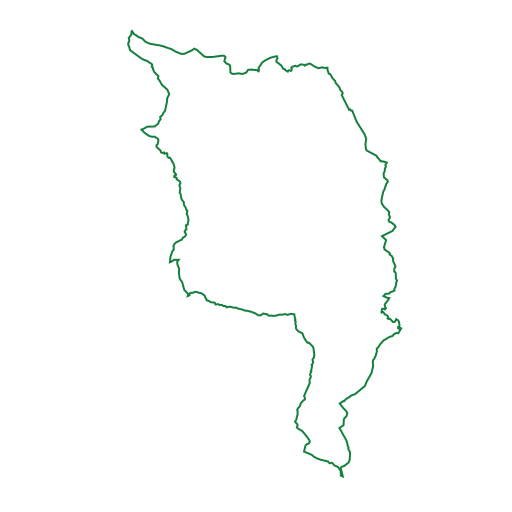 the district of San Miguel, Bolivar, Ecuador, rotated 97°
{"feature_id": "8360857B61039226108204", "entity_name": "San Miguel", "entity_type": "district", "adm_level": 2, "iso_a3": "ECU", "parent_name": "Ecuador", "parent_adm1": "Bolivar", "projection": "robinson", "projection_center": [-79.097, -1.812], "detail": "fine", "context": "isolated", "style": "outline", "palette": "green", "viewbox_px": 512, "rotation_deg": 97, "n_neighbors": 0, "source": "geoboundaries", "source_scale": "gbopen_adm2", "svg_char_len": 6045}
<svg xmlns="http://www.w3.org/2000/svg" viewBox="0 0 512 512"><g transform="rotate(97 256 256)"><path d="M48.2,406.8L51.4,406.7L55.2,408.9L56.7,408.2L58.6,408.0L60.1,408.8L62.5,408.3L64.3,407.1L67.0,406.2L73.8,394.1L75.2,390.5L75.5,388.2L78.4,382.6L79.2,382.2L80.9,382.6L81.6,381.3L82.7,381.2L85.6,379.6L89.5,374.7L91.7,375.1L93.8,373.0L97.7,370.1L101.6,364.4L105.9,361.8L110.3,363.4L113.2,363.1L123.1,364.0L125.5,365.5L127.4,366.0L129.8,368.1L131.7,367.3L134.1,368.7L136.6,369.2L139.8,372.4L140.9,379.6L144.2,384.2L144.5,385.9L145.1,384.1L146.3,383.0L148.1,380.2L150.0,376.4L150.3,373.8L149.9,371.2L151.6,367.8L152.5,367.0L154.9,367.0L157.0,367.2L158.2,368.3L159.9,368.0L163.0,363.6L164.8,362.8L165.1,360.8L164.5,360.0L165.6,359.2L164.9,357.7L164.9,356.8L165.5,356.4L167.3,356.3L168.4,355.7L169.2,354.7L168.8,353.6L172.0,350.8L173.0,350.5L173.5,349.7L176.0,348.4L177.9,347.7L179.0,347.6L180.2,348.1L182.4,347.8L184.7,345.3L185.6,345.4L186.0,346.7L187.5,346.9L188.1,344.4L189.5,343.9L191.2,340.8L192.2,340.1L193.2,339.9L195.0,340.7L198.4,339.3L202.3,339.5L204.1,338.2L205.5,338.0L208.9,336.7L211.5,334.1L213.2,334.0L214.6,333.4L216.5,331.7L218.3,331.0L219.5,329.6L222.6,329.9L225.2,328.4L228.9,327.3L231.1,327.8L233.1,327.5L234.1,329.3L238.0,328.3L239.4,329.6L240.7,329.8L243.0,328.0L243.9,328.2L245.4,329.0L246.6,330.7L248.7,331.6L252.5,337.3L254.0,338.4L255.9,339.1L259.7,338.4L261.5,339.6L267.2,340.8L272.7,340.7L272.0,339.4L269.7,336.7L269.2,332.3L271.1,333.4L272.7,333.3L274.4,332.8L278.0,330.7L281.9,330.5L286.7,329.3L288.5,328.4L291.2,326.0L298.3,323.1L302.2,318.5L304.1,318.9L303.2,317.3L301.4,317.2L300.7,316.7L300.1,313.9L299.0,312.3L298.9,310.2L299.4,308.9L299.5,306.5L300.1,304.6L301.7,302.0L303.4,301.3L304.5,300.1L305.5,300.0L306.0,299.5L306.4,297.1L307.4,295.3L307.3,291.3L309.1,290.2L308.4,287.9L309.1,285.8L308.7,284.0L309.7,282.0L309.3,280.3L310.5,278.9L309.5,275.9L310.0,271.9L309.7,269.4L310.4,267.3L310.9,262.5L311.5,260.8L311.5,257.4L312.0,253.7L313.0,249.8L314.6,246.5L314.3,244.0L312.2,241.9L312.5,239.3L312.3,238.2L313.7,236.2L313.2,232.7L313.3,231.2L312.8,228.9L311.3,225.5L311.0,222.5L310.1,220.0L310.6,217.4L309.2,214.6L309.2,210.9L312.2,210.1L313.8,209.2L315.0,209.6L316.2,208.6L317.9,208.8L321.2,207.6L322.4,207.7L324.1,206.7L325.8,204.4L327.1,200.5L331.2,198.4L334.4,195.8L335.9,194.2L335.6,193.0L335.9,192.4L339.0,188.6L340.5,187.7L346.9,186.1L349.7,186.1L351.5,187.2L352.3,187.3L353.3,186.6L354.6,186.4L356.8,187.0L357.3,187.5L358.6,186.9L362.9,187.3L363.5,187.0L364.0,187.6L365.0,187.4L366.8,187.9L367.4,187.8L368.5,186.9L370.4,187.1L372.2,187.8L375.6,187.2L389.0,191.2L391.5,190.0L392.2,190.0L392.8,190.3L393.6,191.4L396.5,193.5L400.2,194.3L401.6,195.6L403.6,196.4L404.3,196.0L407.9,195.4L413.7,196.1L415.8,197.0L418.1,194.3L419.6,194.2L421.1,194.6L422.0,193.6L424.1,188.8L427.9,184.7L431.8,181.0L433.3,180.1L434.2,180.0L435.7,180.8L436.7,182.7L437.8,183.7L444.3,184.5L446.6,176.3L448.0,174.4L449.6,170.4L450.4,166.7L451.1,159.7L452.8,157.6L452.0,155.7L452.3,154.8L454.4,152.5L455.1,149.9L455.9,148.4L459.4,145.5L461.0,145.5L462.3,144.8L463.5,145.1L464.2,143.0L456.4,146.0L454.9,145.5L453.7,142.9L449.8,139.0L448.9,138.6L446.8,138.2L440.6,138.5L438.9,139.0L436.2,140.9L434.6,140.9L433.3,141.9L430.7,142.6L427.9,143.9L416.6,152.2L413.2,148.5L407.6,148.9L406.2,148.4L403.6,146.5L400.8,146.3L399.2,147.3L395.9,151.3L392.1,154.9L389.4,151.6L389.5,151.0L386.7,149.0L385.6,147.3L382.8,144.3L381.0,140.8L371.6,132.0L367.0,130.8L358.2,127.1L350.5,126.3L348.1,127.0L345.2,127.2L343.8,126.2L339.7,124.9L335.7,124.4L333.1,124.9L332.2,123.8L328.6,122.1L324.4,119.2L320.2,113.9L318.7,110.7L317.1,109.8L315.8,108.2L315.3,107.0L315.4,105.6L315.1,105.3L310.2,103.1L309.8,103.7L310.7,105.6L310.4,106.1L309.2,106.3L308.7,105.3L307.3,105.1L303.9,106.1L302.5,107.1L301.6,109.2L304.0,109.9L304.7,110.9L304.8,112.0L301.9,115.5L302.4,116.7L301.9,117.8L300.4,117.4L299.2,118.3L298.2,120.9L296.1,123.1L296.8,124.4L296.2,124.6L293.1,124.4L292.8,123.2L293.3,121.5L291.8,120.7L291.2,121.5L289.0,122.3L288.1,122.2L284.1,119.7L281.5,118.7L281.6,120.4L280.2,124.6L277.8,122.8L277.1,119.4L275.2,117.8L274.6,116.1L273.4,114.3L271.9,114.7L268.9,113.6L264.6,113.5L263.3,113.0L261.3,114.4L256.1,115.2L254.9,116.1L254.6,116.9L251.8,117.2L250.1,116.4L249.1,116.4L244.4,119.2L243.0,119.6L242.0,119.4L239.4,121.3L238.2,123.6L237.0,123.5L236.6,123.9L233.8,129.3L232.4,129.5L231.8,130.1L224.4,128.8L220.9,133.4L214.6,123.7L209.9,121.0L208.1,122.6L206.4,125.5L205.5,128.4L204.0,128.7L201.3,127.7L198.5,129.2L196.2,129.1L194.6,130.7L191.7,134.9L188.2,137.8L184.9,138.3L176.8,137.6L174.1,136.5L172.0,136.4L170.9,135.8L168.6,135.5L166.2,134.2L164.8,134.8L162.5,138.5L159.9,139.2L158.0,139.3L156.4,138.6L153.4,138.7L151.5,138.0L149.7,138.7L147.4,137.6L146.8,140.2L146.6,143.0L146.9,143.7L143.8,146.7L143.3,147.7L141.9,148.4L138.0,158.5L136.9,159.8L131.9,161.0L126.2,160.9L121.8,163.2L110.4,172.5L100.0,178.2L100.1,179.3L99.1,180.4L99.6,181.3L85.9,190.5L84.3,189.8L83.1,190.1L80.8,192.6L78.4,193.8L74.5,198.0L72.5,198.9L70.0,202.0L67.5,203.5L66.2,205.0L66.2,206.0L62.0,207.9L60.4,208.0L61.0,211.3L60.7,213.4L62.0,216.8L60.9,220.8L58.7,225.2L58.5,226.8L59.7,228.3L59.8,229.5L61.1,230.7L60.4,231.7L60.3,234.8L62.8,238.2L62.9,238.9L62.4,240.1L63.3,242.2L64.6,243.9L66.4,243.2L68.0,243.8L67.6,245.8L68.1,246.5L69.1,246.9L68.5,247.8L68.1,249.5L67.2,250.0L66.9,251.8L63.8,254.2L60.6,259.5L59.3,259.6L57.0,258.8L55.2,259.5L55.7,261.5L57.4,265.7L60.3,270.2L62.3,272.5L63.4,273.5L68.9,276.3L69.9,276.3L71.2,275.6L72.4,276.0L71.4,277.9L71.6,282.2L71.4,283.0L71.8,283.5L71.9,285.8L72.4,286.7L75.3,288.1L76.7,291.1L77.0,292.6L76.8,295.5L77.7,298.7L78.1,301.3L77.6,302.9L76.7,303.8L70.1,304.9L69.2,306.2L68.7,308.5L66.7,311.1L64.0,310.9L62.9,310.4L62.1,310.7L61.2,312.0L61.3,314.3L63.7,323.0L64.6,329.3L64.1,332.0L58.9,339.3L57.7,342.4L60.2,345.4L64.0,351.7L64.5,354.3L64.3,355.9L62.9,360.7L61.1,364.9L59.1,374.0L58.6,378.3L58.4,386.5L57.0,391.6L53.9,395.5L53.0,399.4L51.4,402.1L50.8,403.9L47.8,406.5L48.2,406.8Z" fill="none" stroke="#15803d" stroke-width="2"/></g></svg>